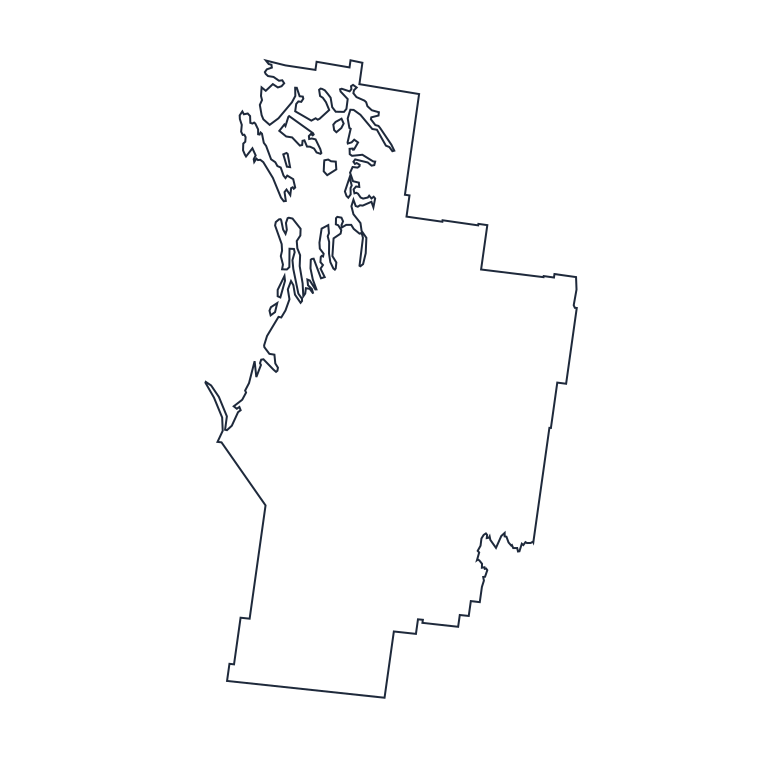 outline of Valdez-Cordova, Alaska, United States of America, rotated 98°
{"feature_id": "52423323B16539688175930", "entity_name": "Valdez-Cordova", "entity_type": "district", "adm_level": 2, "iso_a3": "USA", "parent_name": "United States of America", "parent_adm1": "Alaska", "projection": "natural_earth1", "projection_center": [-146.532, 61.491], "detail": "fine", "context": "isolated", "style": "outline", "palette": "slate", "viewbox_px": 768, "rotation_deg": 98, "n_neighbors": 0, "source": "geoboundaries", "source_scale": "gbopen_adm2", "svg_char_len": 6146}
<svg xmlns="http://www.w3.org/2000/svg" viewBox="0 0 768 768"><g transform="rotate(98 384 384)"><path d="M251.4,208.7L251.4,230.5L254.9,230.5L254.9,240.9L256.0,240.9L257.1,303.8L212.3,303.8L212.3,312.8L213.8,312.8L213.7,348.8L215.2,348.8L215.1,385.0L193.7,385.0L193.7,389.6L92.0,389.6L90.5,450.1L68.9,450.1L68.1,462.2L75.3,462.2L74.3,495.6L82.5,495.6L82.2,526.0L80.1,546.0L83.2,542.7L83.5,539.9L86.3,539.1L88.7,543.8L91.7,545.4L93.4,544.3L95.2,541.7L95.3,536.1L98.3,530.2L97.4,527.0L100.1,524.7L103.4,526.9L105.1,530.4L102.5,535.8L110.1,541.9L107.3,546.5L115.9,545.9L119.8,544.3L124.9,545.8L134.8,542.6L138.7,540.3L143.3,533.3L135.6,525.5L117.9,514.4L111.1,511.9L103.0,513.2L102.8,511.6L110.8,507.6L110.7,504.4L112.7,503.6L116.1,505.2L116.1,508.1L118.9,509.9L126.3,509.9L133.3,492.6L130.4,488.7L131.5,486.4L130.3,484.7L120.3,476.4L113.0,480.7L109.1,484.4L107.7,487.4L101.7,489.2L100.3,487.9L100.4,486.4L101.4,483.5L104.8,479.8L107.9,476.7L117.1,473.8L121.1,469.7L120.1,461.5L116.8,459.5L106.9,459.6L100.4,467.7L98.3,468.5L97.5,467.0L99.0,458.8L96.6,457.3L93.7,458.1L92.1,456.3L94.2,452.3L97.2,454.6L100.3,454.8L103.7,451.2L106.1,442.8L107.4,440.9L111.2,439.1L114.6,434.2L115.6,426.9L118.9,426.8L121.7,433.7L123.7,433.8L128.8,428.6L129.2,425.4L131.0,423.5L146.0,410.0L151.5,406.3L152.3,408.1L148.6,411.7L147.7,415.3L133.2,426.4L133.1,431.1L120.7,444.8L116.8,452.2L117.1,455.5L126.1,456.9L135.3,453.9L135.9,452.5L149.8,453.7L150.9,453.3L149.2,449.7L146.2,447.5L148.4,443.3L156.1,446.4L156.3,447.3L155.2,447.8L155.9,450.8L161.2,449.9L162.5,447.4L160.0,437.3L165.1,425.7L165.0,423.7L168.6,424.1L169.5,426.7L166.9,430.9L165.6,443.8L168.2,445.2L170.1,443.4L169.0,441.8L170.3,438.6L171.8,438.6L173.4,440.3L173.5,445.3L179.5,447.0L187.5,442.9L188.1,436.9L192.3,435.9L192.3,439.1L195.5,441.2L199.3,439.8L198.5,438.0L199.2,436.2L202.6,433.1L203.3,430.5L201.6,426.0L199.6,424.9L202.0,422.2L200.0,420.3L201.5,418.6L210.5,419.1L205.3,421.8L210.3,429.9L210.4,432.7L212.1,434.6L211.7,436.8L205.8,439.9L212.5,441.0L220.1,437.9L227.9,429.7L235.5,427.5L241.7,421.8L257.1,420.3L268.2,421.4L270.7,423.8L270.3,424.7L242.2,425.2L239.4,426.3L237.8,427.8L238.5,429.2L234.6,435.6L231.0,438.6L231.7,443.6L234.9,447.6L232.5,448.2L228.6,447.2L225.2,449.3L225.0,453.5L226.5,454.6L232.6,453.9L233.2,451.4L237.6,447.7L241.1,447.9L246.8,454.2L264.5,452.9L270.3,448.1L276.3,447.9L277.6,448.6L276.7,450.2L270.8,454.1L262.5,456.6L250.9,458.1L245.5,460.3L242.4,459.5L234.4,461.3L238.8,467.4L253.0,467.6L258.9,466.4L263.4,461.9L266.2,462.1L265.8,463.5L267.0,464.3L272.2,463.9L274.7,461.0L278.6,462.9L286.4,457.6L288.1,461.1L269.7,471.1L270.2,472.8L271.1,473.8L279.7,472.9L290.3,469.1L299.7,464.1L299.9,465.1L291.8,471.9L291.2,474.4L296.8,473.0L299.9,468.7L304.3,466.7L300.1,470.8L300.0,474.7L305.4,474.6L308.4,476.1L295.7,478.6L279.0,483.9L268.1,485.0L261.7,488.7L254.6,490.3L248.6,487.5L241.9,488.2L232.9,497.6L232.6,501.4L233.2,502.5L238.2,503.5L244.8,501.7L249.0,502.4L245.1,505.4L236.1,508.6L235.2,509.4L235.5,510.8L238.7,513.7L242.2,513.9L259.7,504.8L266.2,503.5L271.7,504.0L279.8,500.7L284.6,500.9L284.1,496.1L281.4,494.0L263.2,496.4L262.8,492.0L265.9,490.8L274.1,491.9L282.8,489.8L306.4,481.4L311.0,477.1L313.2,476.7L315.2,477.9L307.9,484.6L298.8,487.5L295.0,490.4L303.7,492.4L313.3,489.4L324.9,491.8L332.4,495.0L332.2,497.8L352.7,506.5L362.4,508.1L364.2,507.6L370.1,501.7L370.2,496.6L378.8,494.5L382.6,491.3L385.7,491.4L387.0,492.6L385.2,495.4L376.3,506.8L377.0,509.0L380.6,509.7L382.3,508.5L394.9,511.4L379.4,515.3L401.9,517.8L409.8,520.6L411.7,519.4L419.3,522.2L427.0,529.7L429.0,526.3L426.9,524.0L429.9,522.3L432.2,524.6L446.5,528.9L451.6,533.1L451.4,535.0L437.9,535.1L419.8,545.7L409.5,555.0L406.7,560.8L407.6,561.0L421.1,550.5L439.7,539.6L452.8,537.2L464.5,540.8L464.4,536.8L520.7,484.4L635.1,484.4L635.4,493.5L682.5,493.5L682.6,498.1L699.9,498.1L694.6,339.8L627.7,339.8L627.0,317.6L612.3,317.6L612.1,312.7L615.2,312.7L614.1,276.8L602.2,276.8L601.9,267.8L586.9,267.8L586.7,258.8L571.3,258.8L564.8,257.7L561.3,258.9L560.8,257.1L554.0,255.8L552.5,257.2L553.0,258.5L551.5,259.0L552.3,261.5L548.4,261.9L545.5,265.0L544.7,266.6L545.5,267.4L537.6,266.3L536.2,268.0L530.7,265.9L523.4,266.0L519.6,264.3L517.8,262.3L519.1,260.9L522.3,260.8L521.6,258.7L520.2,258.2L523.6,257.0L530.7,250.3L518.2,246.7L514.7,243.8L518.1,243.3L518.2,241.5L523.6,238.6L526.3,235.5L525.7,234.9L528.5,233.2L527.9,229.3L531.2,228.0L530.8,226.6L523.0,225.3L524.1,223.6L520.9,221.9L521.6,220.3L521.0,216.6L519.4,214.6L520.1,214.1L404.4,214.1L404.3,212.6L358.5,212.6L358.4,203.7L281.9,203.7L282.0,205.6L279.6,207.1L263.7,206.5L251.4,208.7ZM133.8,562.2L138.1,564.3L141.7,563.6L147.2,560.9L154.0,560.6L157.0,558.6L156.6,557.0L158.8,555.4L163.4,555.1L165.5,556.8L172.2,556.1L176.2,553.7L177.9,552.3L168.9,547.1L175.5,542.9L179.5,544.3L182.2,543.4L178.6,541.7L179.8,540.0L179.2,537.7L181.1,534.4L195.4,522.7L213.7,512.0L217.0,508.7L216.4,506.7L207.8,509.2L205.0,507.6L210.0,503.1L202.9,503.2L201.9,501.8L203.2,500.5L201.8,499.3L193.8,502.4L191.1,508.8L193.8,510.2L191.6,512.5L184.0,516.4L183.0,519.9L179.5,522.5L177.2,527.1L164.6,533.9L161.9,536.6L153.1,539.7L152.1,541.2L154.3,541.9L154.2,543.4L149.4,544.1L144.0,547.7L143.2,549.0L144.4,550.5L144.0,552.7L137.3,553.9L135.1,556.6L136.4,560.3L133.8,562.2ZM145.5,489.2L131.9,515.2L132.8,515.9L142.3,517.5L140.9,518.8L147.9,522.9L152.5,515.3L152.6,509.3L159.6,500.5L158.7,498.3L154.5,498.5L153.8,496.7L159.6,493.3L159.3,490.3L160.6,486.0L164.1,483.0L164.9,478.9L164.0,478.2L160.2,479.8L151.3,485.8L150.9,489.6L151.8,492.2L148.9,492.9L146.6,491.2L147.7,489.2L146.7,488.4L145.5,489.2ZM169.5,470.5L170.8,474.2L173.2,474.1L181.8,473.3L185.1,469.3L178.1,461.1L170.5,462.7L170.8,467.4L169.5,470.5ZM127.2,463.0L131.2,468.4L134.2,470.3L139.5,468.7L141.3,466.2L136.5,461.9L131.7,460.2L127.2,463.0ZM184.2,446.8L198.8,449.5L203.0,447.3L204.5,445.3L200.9,443.4L194.6,444.4L191.9,443.6L184.2,446.8ZM290.9,497.6L305.6,502.4L311.9,501.5L312.7,498.7L295.6,496.4L290.9,497.6ZM328.0,501.9L318.7,501.0L323.7,506.7L327.3,507.6L331.8,505.8L328.0,501.9ZM168.8,512.7L170.6,515.7L182.3,510.4L182.3,507.2L169.6,511.4L168.8,512.7Z" fill="none" stroke="#1e293b" stroke-width="2"/></g></svg>